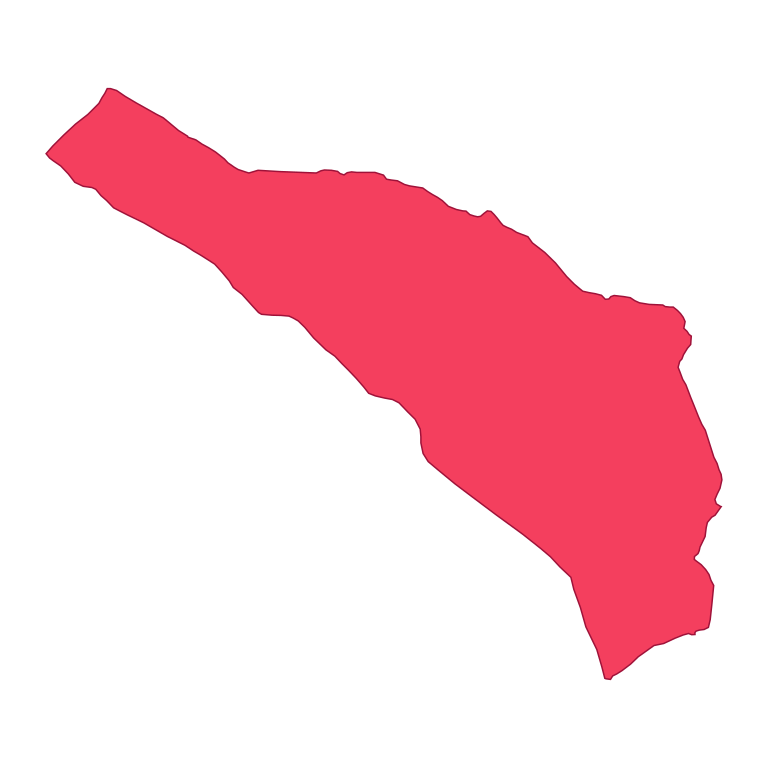 the district of Gällivare, Norrbotten, Sweden
{"feature_id": "70781695B62555588892194", "entity_name": "Gällivare", "entity_type": "district", "adm_level": 2, "iso_a3": "SWE", "parent_name": "Sweden", "parent_adm1": "Norrbotten", "projection": "mercator", "projection_center": [20.036, 67.205], "detail": "fine", "context": "isolated", "style": "filled", "palette": "rose", "viewbox_px": 768, "rotation_deg": 0, "n_neighbors": 0, "source": "geoboundaries", "source_scale": "gbopen_adm2", "svg_char_len": 2968}
<svg xmlns="http://www.w3.org/2000/svg" viewBox="0 0 768 768"><path d="M187.6,136.2L178.5,130.5L163.4,117.9L156.1,114.1L136.0,102.8L125.2,96.4L116.6,90.5L110.5,88.6L107.2,88.6L104.8,93.4L102.1,97.5L98.9,103.4L87.9,114.4L75.5,124.1L63.7,135.1L52.7,146.1L46.1,153.7L49.6,158.0L53.3,160.8L60.8,166.0L68.3,173.9L74.8,182.3L83.2,186.3L91.9,187.5L95.8,189.3L101.0,195.6L106.6,200.5L113.6,207.8L121.1,211.7L127.6,215.0L132.0,217.1L143.9,222.9L167.3,236.4L184.8,245.2L193.6,251.0L199.8,254.6L207.4,259.4L214.7,264.1L221.7,271.8L229.3,280.9L233.3,287.5L242.1,294.4L253.0,306.5L258.5,312.5L261.5,314.3L272.2,315.2L280.9,315.4L289.0,316.1L292.9,317.9L298.2,320.9L304.8,327.3L313.6,337.9L326.0,349.9L334.8,356.1L342.1,363.8L348.3,370.0L356.3,378.4L363.6,386.8L368.7,393.3L375.3,395.9L384.8,398.1L392.5,399.5L399.0,402.8L408.1,412.3L415.1,419.2L420.2,429.1L420.9,436.8L420.9,443.0L423.1,453.5L428.2,461.6L437.7,469.6L454.9,483.8L472.4,497.0L495.7,514.5L522.7,534.2L540.6,548.4L550.5,556.8L560.0,567.0L570.9,577.3L573.8,589.3L580.4,607.5L585.9,626.9L596.8,649.5L601.9,667.0L604.8,678.3L606.0,678.8L610.5,679.4L612.7,675.9L616.8,673.9L622.3,670.4L630.7,664.0L638.3,656.7L654.0,645.5L663.7,643.5L674.8,638.3L683.1,635.0L688.5,633.5L691.7,634.7L695.0,634.5L694.9,632.6L696.1,631.1L699.4,630.1L704.1,629.5L708.4,627.4L710.2,619.7L711.9,603.9L713.7,585.5L710.9,580.2L709.0,574.5L705.7,569.6L701.2,564.7L696.5,561.2L694.3,559.4L694.5,556.5L698.0,553.6L699.2,550.8L700.0,547.1L705.1,536.5L706.2,527.7L707.4,522.4L711.7,517.2L715.1,515.2L721.2,506.6L720.3,506.3L716.3,503.8L714.9,499.5L717.1,494.2L720.0,488.3L721.9,479.9L721.1,474.3L719.0,469.7L717.1,463.5L713.9,457.3L705.3,430.2L701.8,424.3L698.5,416.8L694.0,405.5L690.7,397.4L685.9,384.8L682.7,379.4L680.0,372.1L678.1,367.3L679.7,361.4L681.9,359.0L683.5,354.7L687.5,348.2L690.7,344.5L691.0,339.9L691.3,336.1L689.1,334.5L687.0,331.3L683.8,328.3L684.6,324.3L685.1,321.6L683.2,317.3L680.5,313.6L677.6,310.6L673.3,307.1L670.0,307.1L665.2,306.6L662.8,305.0L649.1,304.4L639.4,302.8L634.8,300.7L630.3,297.7L623.8,296.6L614.1,295.5L610.9,296.6L608.8,299.0L605.3,299.3L601.5,295.3L595.3,293.7L588.9,292.6L582.7,291.2L579.2,288.3L574.4,284.3L566.6,276.5L555.5,263.0L544.8,252.5L532.4,242.9L527.9,236.7L516.6,232.4L511.5,229.2L506.9,227.3L503.1,225.4L500.7,222.7L497.0,217.9L494.0,214.4L491.0,211.4L487.3,210.9L484.1,213.3L480.6,216.3L477.6,216.8L474.1,216.0L469.8,214.6L466.0,211.1L462.8,210.9L456.4,209.5L448.3,206.3L442.4,200.7L437.6,197.4L432.4,194.5L427.6,191.5L422.8,188.0L409.6,185.9L404.5,184.5L397.5,180.8L391.1,180.0L386.5,179.2L383.5,175.1L374.9,172.4L365.0,172.4L356.7,172.4L351.5,171.9L347.2,172.7L344.0,174.9L340.0,173.5L337.6,171.4L331.4,170.3L324.4,170.0L320.9,170.8L316.3,173.0L279.8,171.6L258.0,170.3L254.3,171.4L248.9,173.0L246.2,172.2L238.1,169.5L234.4,167.3L227.9,162.8L224.4,159.0L219.6,155.2L215.5,152.0L208.6,147.7L201.8,144.0L195.9,139.9L188.0,137.2L187.6,136.2Z" fill="#f43f5e" stroke="#9f1239" stroke-width="1.5"/></svg>